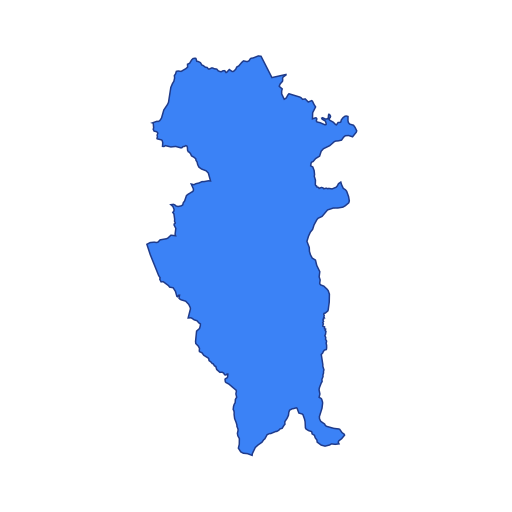 outline of Anapoima, Cundinamarca, Colombia, rotated 198°
{"feature_id": "7082276B58765294535219", "entity_name": "Anapoima", "entity_type": "district", "adm_level": 2, "iso_a3": "COL", "parent_name": "Colombia", "parent_adm1": "Cundinamarca", "projection": "robinson", "projection_center": [-74.53, 4.566], "detail": "fine", "context": "isolated", "style": "filled", "palette": "blue", "viewbox_px": 512, "rotation_deg": 198, "n_neighbors": 0, "source": "geoboundaries", "source_scale": "gbopen_adm2", "svg_char_len": 6137}
<svg xmlns="http://www.w3.org/2000/svg" viewBox="0 0 512 512"><g transform="rotate(198 256 256)"><path d="M116.4,113.0L117.1,113.8L119.6,114.6L122.8,117.0L123.7,117.1L128.8,116.1L136.5,115.8L138.1,116.6L138.8,117.4L143.4,118.8L145.3,120.8L146.1,122.8L146.2,131.6L147.1,136.3L147.5,137.5L149.3,140.1L150.0,140.6L152.3,141.1L152.6,144.5L154.7,148.3L155.0,150.4L154.7,155.7L154.3,156.9L155.2,159.0L155.0,162.0L155.6,163.6L155.6,165.5L156.2,167.4L156.2,168.7L158.4,171.8L158.9,173.4L163.5,182.5L162.6,184.4L162.5,185.8L161.9,187.6L160.2,188.8L160.4,190.3L161.3,193.0L162.4,194.8L162.4,196.3L162.8,197.2L164.1,198.2L164.5,200.1L165.9,201.5L165.7,202.9L166.2,206.0L167.2,206.5L167.2,208.0L168.4,208.0L168.9,209.8L170.6,209.8L171.1,210.9L170.9,212.2L172.0,213.3L171.5,214.6L172.6,215.9L172.2,217.0L172.7,217.6L172.5,218.1L171.9,218.3L172.7,219.1L172.7,220.4L173.5,221.4L173.6,222.4L172.5,223.1L170.7,226.0L170.7,227.1L172.1,234.8L174.4,242.4L176.6,245.3L178.0,246.3L182.2,248.3L185.5,248.5L186.6,249.1L187.0,249.7L187.6,253.0L189.5,255.7L190.5,260.8L195.3,265.8L198.2,270.5L201.9,271.4L204.6,274.0L206.6,276.9L208.0,280.6L212.1,285.7L212.2,291.1L211.7,295.4L210.4,298.8L210.4,303.6L209.3,309.5L208.6,311.1L205.4,314.1L202.2,321.9L197.3,325.5L192.9,327.0L188.5,329.3L186.6,331.4L184.2,335.3L184.3,337.3L186.3,341.1L189.8,345.6L191.4,346.6L193.9,347.3L196.6,350.2L198.2,352.5L199.9,350.3L200.3,347.9L201.0,346.2L204.4,343.3L207.7,342.8L208.4,342.2L210.2,342.2L212.3,340.9L213.4,341.5L215.0,341.4L216.8,339.8L217.6,340.5L219.5,340.5L220.0,341.3L221.0,341.4L221.7,342.4L222.9,346.5L225.2,349.8L225.5,351.6L227.1,355.2L229.5,358.2L231.9,358.7L232.3,361.4L232.2,362.3L230.9,363.5L229.4,367.1L226.4,370.6L226.4,375.8L225.0,378.9L220.0,383.7L216.9,388.9L215.8,389.9L213.4,390.9L210.5,392.6L209.4,396.1L208.2,398.0L205.2,399.2L201.0,399.2L198.9,404.7L198.9,406.2L201.6,409.0L203.7,410.5L207.7,410.4L209.4,411.5L210.4,413.2L211.6,417.1L213.1,417.1L214.5,416.5L215.9,414.6L216.9,411.9L216.8,409.7L217.3,409.1L219.2,408.3L220.0,405.6L220.9,405.6L223.8,407.1L227.7,407.9L228.7,408.5L228.7,409.7L228.2,410.7L228.3,412.0L229.8,413.3L230.5,413.3L230.6,412.5L230.0,410.0L230.2,408.7L232.1,407.7L235.4,408.1L236.1,407.4L235.4,406.6L231.6,405.7L230.2,403.6L230.0,402.7L230.3,402.4L231.0,402.1L236.5,402.6L239.3,402.3L240.4,403.1L240.5,405.2L241.3,405.9L242.1,405.8L244.7,403.9L246.4,409.8L245.4,416.2L247.5,417.9L250.1,420.6L251.0,421.0L253.9,418.6L257.7,420.6L260.1,419.4L262.2,420.5L263.6,420.7L274.8,420.5L275.4,419.1L276.1,415.6L277.6,413.8L281.7,418.1L282.6,420.9L282.7,423.0L286.3,424.5L286.4,425.0L286.2,427.1L284.8,430.3L285.0,431.6L285.6,433.1L285.6,434.4L283.4,437.5L283.6,437.9L296.0,430.6L312.9,447.5L315.6,447.0L320.0,443.4L321.8,442.5L322.3,441.9L323.0,439.4L324.5,438.1L328.2,437.7L329.4,435.7L331.1,431.5L332.7,429.8L333.0,427.3L334.1,425.2L334.8,424.4L335.8,424.1L339.0,425.1L340.7,421.5L341.2,421.2L343.0,422.6L344.6,422.0L346.0,420.5L346.8,420.3L349.1,420.4L351.1,421.6L353.7,421.2L355.2,421.4L356.2,421.2L358.4,419.2L359.1,419.2L360.8,420.2L362.5,419.9L365.0,420.8L366.5,420.9L368.6,422.7L370.9,423.1L372.5,422.9L374.2,425.3L375.1,425.3L376.9,424.3L377.8,422.6L378.7,418.8L380.4,417.2L379.4,414.5L380.6,412.5L384.3,408.4L387.2,407.9L388.8,407.0L388.8,404.1L389.4,402.4L388.4,400.1L388.1,396.7L388.7,394.4L389.1,390.0L386.7,375.1L387.0,372.7L388.8,366.4L388.5,357.9L389.3,355.1L390.3,353.9L392.0,353.4L395.6,350.6L394.8,350.6L393.0,346.4L392.9,344.7L391.5,343.3L389.1,343.5L387.8,343.0L387.3,342.3L387.4,340.4L386.5,338.8L386.6,337.4L386.2,336.9L381.7,337.2L380.9,336.8L379.7,334.9L378.8,331.4L377.4,331.7L376.2,333.0L370.7,333.4L366.2,335.4L361.0,335.6L360.0,336.0L359.3,337.4L357.8,338.2L356.9,339.3L355.7,339.2L354.8,338.1L353.8,335.5L352.6,334.2L351.5,334.1L349.8,333.0L348.3,331.3L345.7,330.8L343.4,329.9L342.6,328.4L341.1,327.2L339.7,324.9L337.8,322.9L334.8,321.9L329.7,321.6L327.0,320.2L322.4,313.3L324.5,312.8L328.4,310.7L330.4,310.0L332.8,307.8L335.5,306.2L337.1,304.6L339.8,304.4L336.3,300.5L335.8,299.1L336.0,298.0L339.7,293.7L340.8,292.0L340.9,286.2L341.6,284.3L341.5,281.9L342.7,280.5L345.4,279.0L347.4,278.8L349.0,279.5L350.5,279.6L352.8,278.5L350.3,277.4L348.2,274.8L348.0,273.3L348.6,271.7L347.1,270.7L344.7,265.8L344.2,263.8L343.0,262.6L343.0,262.0L343.7,261.2L343.5,260.2L340.8,257.5L339.7,251.8L338.7,250.4L343.3,249.5L345.5,245.6L346.6,244.7L352.2,241.7L353.5,238.9L354.7,238.1L357.1,237.7L360.8,236.1L363.4,233.4L356.9,224.5L342.5,207.3L340.5,205.7L340.3,204.1L338.3,202.1L336.3,202.9L330.1,200.8L328.5,199.7L325.0,200.2L321.7,197.5L318.8,193.2L318.1,193.0L317.4,194.8L316.6,195.1L316.2,192.1L315.1,191.5L313.7,191.2L308.9,191.3L305.0,189.2L302.5,186.5L302.0,185.4L301.4,176.1L298.9,177.1L297.8,177.0L295.1,176.2L292.1,176.2L289.6,174.7L287.9,174.3L287.4,172.4L287.3,169.6L289.3,166.2L287.1,156.1L286.2,154.1L283.1,152.5L281.2,150.7L280.6,148.2L280.2,147.6L277.6,147.3L274.9,145.4L270.0,144.2L269.3,143.8L268.3,142.0L266.2,141.3L264.4,140.2L263.3,140.2L261.5,138.6L260.2,138.6L258.3,135.9L254.4,134.2L252.3,135.0L250.5,134.6L249.2,133.4L248.3,133.4L247.7,133.7L247.1,134.8L246.3,135.0L245.6,132.1L245.8,131.3L247.3,129.6L247.3,129.0L246.3,126.9L245.5,126.4L242.2,125.8L233.4,122.2L232.9,121.4L232.5,118.6L230.7,115.7L231.3,113.3L230.5,110.1L230.9,108.2L230.9,106.1L230.3,103.0L229.3,102.1L228.5,100.7L227.8,98.4L226.1,94.8L223.4,91.5L221.9,89.3L221.5,88.1L219.6,85.8L219.1,84.2L218.9,81.6L217.7,79.4L215.4,77.2L213.7,71.7L213.4,67.8L210.0,65.0L207.1,64.5L203.0,65.4L198.1,65.2L198.4,66.9L197.5,73.7L195.6,77.0L192.8,80.7L191.9,83.6L191.1,84.8L190.2,89.5L188.4,91.2L187.1,91.7L182.9,95.3L182.0,95.6L180.5,97.3L179.7,99.0L177.9,100.2L177.0,103.8L176.5,104.8L177.4,107.3L176.3,111.2L175.9,114.5L176.5,117.5L176.4,119.8L174.1,122.1L173.4,122.3L170.7,124.1L169.9,123.9L166.7,119.9L163.3,120.0L162.4,119.7L159.6,116.1L158.1,113.6L155.9,107.8L154.9,106.9L152.1,106.2L149.2,106.2L148.5,105.8L147.7,104.2L145.0,103.5L143.5,101.4L141.2,99.8L140.3,97.9L135.6,96.3L131.6,96.5L127.6,99.0L126.2,100.6L122.4,101.4L119.0,103.0L120.3,104.4L120.1,105.8L118.1,108.7L116.4,113.0Z" fill="#3b82f6" stroke="#1e3a8a" stroke-width="1.5"/></g></svg>